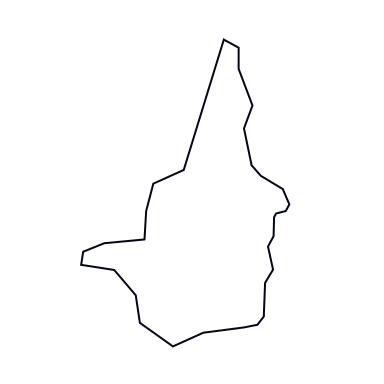 an SVG outline of Barnsley, rotated 99°
{"feature_id": "GBR-5688", "entity_name": "Barnsley", "entity_type": "Metropolitan Borough", "adm_level": 1, "iso_a3": "GBR", "parent_name": "United Kingdom", "parent_adm1": "", "projection": "orthographic", "projection_center": [-1.511, 53.509], "detail": "fine", "context": "isolated", "style": "outline", "palette": "ink", "viewbox_px": 384, "rotation_deg": 99, "n_neighbors": 0, "source": "natural_earth", "source_scale": "10m", "svg_char_len": 542}
<svg xmlns="http://www.w3.org/2000/svg" viewBox="0 0 384 384"><g transform="rotate(99 192 192)"><path d="M218.0,234.3L189.8,231.5L171.5,203.6L36.5,184.4L42.2,168.5L63.1,165.2L97.1,145.8L121.1,150.6L156.3,137.3L165.3,126.5L174.9,102.8L189.0,93.9L196.1,96.4L200.1,105.6L204.0,107.0L222.9,104.5L234.0,108.4L256.0,99.8L270.3,105.6L303.8,101.6L312.9,106.6L317.7,119.7L329.2,158.8L347.5,186.7L329.4,223.0L302.8,231.4L281.2,256.6L281.3,290.1L268.0,290.1L256.3,270.6L246.3,231.5L218.0,234.3Z" fill="none" stroke="#020617" stroke-width="2"/></g></svg>